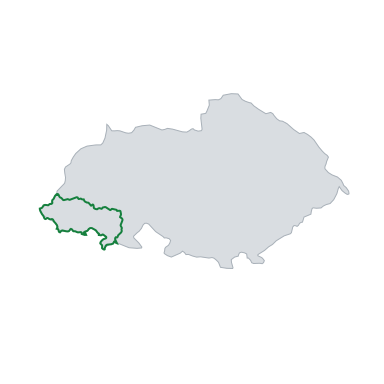 location of Moravskoslezský within Czechia, rotated 165°
{"feature_id": "CZE-1612", "entity_name": "Moravskoslezský", "entity_type": "Region", "adm_level": 1, "iso_a3": "CZE", "parent_name": "Czechia", "parent_adm1": "", "projection": "orthographic", "projection_center": [17.887, 49.846], "detail": "fine", "context": "in_parent", "style": "outline", "palette": "green", "viewbox_px": 384, "rotation_deg": 165, "n_neighbors": 0, "source": "natural_earth", "source_scale": "10m", "svg_char_len": 6125}
<svg xmlns="http://www.w3.org/2000/svg" viewBox="0 0 384 384"><g transform="rotate(165 192 192)"><path d="M343.3,215.3L342.1,215.5L339.5,216.6L336.2,217.0L332.6,216.8L329.8,218.7L327.1,221.8L324.4,223.9L322.9,225.8L322.1,227.8L312.8,233.4L311.5,235.7L310.4,238.8L310.0,243.1L309.4,246.9L307.7,248.9L302.7,250.6L301.4,251.5L300.5,253.5L297.6,256.5L294.3,259.3L288.1,262.5L281.5,263.5L272.9,262.4L267.9,261.1L265.5,262.4L262.1,266.6L258.4,273.9L256.8,279.4L255.7,277.8L253.7,271.9L251.4,271.2L248.2,270.6L245.8,269.7L240.7,266.3L238.1,265.2L235.0,264.9L232.1,266.8L229.8,269.1L223.0,268.9L215.5,267.6L205.0,259.7L202.2,259.5L199.2,259.8L194.6,257.8L185.7,252.6L181.5,251.2L178.8,251.9L176.3,252.9L174.6,252.9L173.6,251.3L170.3,249.2L167.0,248.8L166.0,250.0L164.4,260.9L163.1,264.8L158.4,264.4L156.7,266.2L152.8,271.4L151.9,276.4L145.6,275.2L142.6,274.2L139.9,274.7L136.8,277.4L128.6,276.8L122.2,274.8L119.7,268.4L116.8,265.7L113.2,263.3L111.9,262.7L110.0,259.2L106.3,254.7L100.4,248.5L95.4,248.5L93.7,246.8L93.0,244.7L91.2,240.8L89.0,238.1L86.3,237.0L82.5,233.4L77.6,226.0L73.1,220.7L68.4,220.5L65.5,217.7L62.7,214.1L60.7,210.7L57.8,202.5L55.6,197.8L53.9,194.8L51.9,192.3L51.2,190.4L54.2,186.4L55.3,184.3L56.6,182.8L57.4,181.1L57.5,179.9L55.3,175.5L52.2,172.2L47.6,168.8L44.8,164.7L44.0,161.1L43.8,159.1L41.9,156.3L40.5,152.3L40.7,150.0L41.1,149.4L42.7,149.5L44.4,151.3L46.7,154.5L48.4,159.1L49.8,157.5L52.5,152.9L57.1,147.9L61.6,145.1L65.5,145.1L68.7,144.5L71.5,143.2L76.0,144.1L79.2,145.4L80.4,144.8L81.9,142.1L82.9,139.8L90.3,138.8L93.1,134.3L94.6,134.4L96.2,133.9L97.9,132.2L99.4,131.6L100.5,132.5L102.1,133.2L103.7,132.2L106.5,127.0L107.8,126.2L114.3,125.8L123.2,123.1L127.8,120.5L132.2,119.2L137.0,116.8L144.5,114.5L144.9,113.4L141.6,110.6L140.6,108.8L139.9,107.0L141.2,105.2L142.8,104.6L144.9,105.6L151.0,107.0L152.6,108.2L153.1,110.9L154.6,113.6L155.8,113.9L155.2,118.0L157.1,119.7L159.9,121.1L161.9,120.9L163.3,119.3L163.9,118.1L167.7,118.1L171.6,116.5L172.1,113.7L172.0,108.3L172.5,107.6L178.2,109.3L184.0,111.9L184.6,117.2L186.1,119.9L187.9,122.4L189.6,123.5L192.7,123.8L200.6,127.2L204.4,127.9L208.3,130.2L211.5,132.6L214.0,133.1L215.0,135.6L216.5,137.3L219.1,136.0L228.8,134.5L232.2,136.9L234.5,139.5L234.8,140.3L233.5,142.6L232.9,144.3L231.9,145.4L228.5,146.6L226.6,148.5L225.2,150.7L226.1,152.8L228.8,154.4L230.7,154.8L231.4,156.3L237.4,163.2L242.1,172.2L244.0,173.6L245.8,174.0L247.9,172.7L250.3,169.9L253.2,167.8L255.6,166.8L259.9,164.4L260.1,162.8L256.6,156.7L254.7,151.8L255.2,151.0L259.7,151.8L267.3,154.5L279.0,163.3L281.1,163.3L285.3,162.7L289.8,161.3L291.9,159.7L292.7,160.3L293.4,165.0L292.2,167.7L286.8,170.2L287.1,171.4L288.5,173.1L290.9,174.2L293.9,177.3L295.9,180.8L297.7,182.4L299.7,183.2L304.6,181.3L306.0,179.8L306.6,178.8L307.5,179.0L309.3,180.7L309.8,181.7L314.6,183.7L317.3,186.1L319.1,187.2L321.1,186.1L328.7,188.0L330.8,189.6L331.5,192.3L331.1,193.9L332.3,198.1L342.1,208.1L343.1,213.3L343.3,215.3Z" fill="#d9dde1" stroke="#a8b0b8" stroke-width="1"/><path d="M291.4,159.1L292.2,159.4L292.4,159.6L293.3,160.8L293.4,161.1L293.4,161.3L293.2,161.5L292.8,162.9L292.7,163.5L292.8,164.2L293.2,164.7L293.9,166.0L293.5,167.0L292.6,167.8L290.7,169.0L289.5,169.4L287.3,169.5L286.8,169.8L286.5,170.5L286.6,171.0L288.8,173.8L289.5,174.1L289.9,174.0L290.3,173.8L290.8,173.7L291.4,173.8L292.6,174.4L293.2,174.6L293.2,174.8L292.8,175.2L292.7,175.6L292.8,176.0L293.2,176.4L293.7,177.0L294.0,177.8L294.3,178.6L294.6,179.5L295.1,180.2L298.1,183.1L299.7,183.5L301.3,183.0L302.7,181.8L303.5,181.5L305.3,181.5L306.8,181.0L307.0,180.7L306.9,180.0L306.6,179.6L306.2,179.5L305.8,179.7L305.6,179.6L305.4,178.0L306.2,178.2L306.8,178.3L309.4,180.0L309.1,181.3L309.7,182.0L312.6,182.5L313.3,182.9L314.7,184.1L315.3,184.4L316.3,184.6L316.9,185.0L317.1,185.4L317.4,186.5L317.6,186.9L318.5,187.7L319.2,187.5L320.4,186.4L320.3,186.2L320.2,186.2L322.0,186.0L323.7,186.6L327.1,188.4L328.2,188.4L329.9,187.2L330.6,187.6L330.9,188.9L330.8,190.0L331.0,190.8L332.2,191.5L331.0,192.9L331.0,194.8L331.8,196.9L332.9,199.1L333.4,201.2L333.7,201.7L334.3,202.1L335.7,202.2L336.3,202.4L336.9,202.9L337.8,203.9L338.4,204.3L339.1,204.2L339.8,203.9L340.5,203.8L341.2,204.3L341.4,204.8L341.7,207.2L341.9,207.9L342.5,209.1L342.7,209.8L343.4,212.7L343.5,214.2L343.3,215.4L341.5,215.4L340.6,215.8L338.8,217.5L337.5,217.6L336.2,217.2L334.7,216.5L334.4,216.4L334.0,216.5L332.7,217.2L330.7,216.9L329.8,217.5L329.6,218.1L329.5,219.4L329.2,220.0L328.9,220.4L327.4,221.2L325.4,223.6L324.4,224.3L323.1,224.0L323.1,224.9L322.6,224.9L322.3,224.8L322.0,224.6L321.8,224.3L321.6,223.8L321.3,221.8L321.1,221.4L320.9,221.0L320.6,220.7L319.9,220.2L319.6,219.8L318.6,217.8L318.4,217.5L317.6,217.3L314.1,217.3L313.8,217.2L312.4,216.2L312.0,216.1L304.9,216.8L304.5,216.7L304.2,216.5L303.9,216.3L303.8,215.9L303.6,215.1L303.4,214.8L303.3,214.6L303.1,214.5L301.1,214.4L300.4,213.6L299.8,213.2L298.5,212.9L298.4,212.0L298.2,211.2L298.1,210.8L297.6,210.2L296.4,209.1L294.9,208.5L294.6,208.1L293.2,205.2L293.0,204.9L292.7,204.9L292.5,205.0L291.6,205.5L291.3,205.6L291.0,205.5L290.8,205.2L290.6,204.8L290.6,204.4L290.9,202.1L290.8,201.7L290.6,201.4L289.5,200.5L288.2,199.9L286.6,200.4L285.4,200.3L283.8,199.2L283.5,199.2L283.3,199.3L282.2,200.1L279.9,200.0L279.2,199.6L275.8,195.8L275.5,195.7L275.1,195.8L273.9,196.4L273.5,196.4L269.7,194.4L269.5,194.2L269.4,194.0L269.3,193.3L269.2,193.1L267.0,192.7L266.4,192.4L266.2,192.2L266.1,191.9L266.1,191.6L266.3,189.1L266.4,188.7L266.6,188.3L267.9,186.6L268.0,186.4L267.9,186.2L266.6,184.7L266.4,184.4L266.3,184.0L266.3,183.6L266.3,183.2L266.5,182.8L266.6,182.5L269.4,178.7L269.5,178.4L269.6,178.1L269.6,177.8L269.1,175.7L269.1,175.4L269.2,175.1L269.7,174.4L269.8,174.0L269.9,172.9L270.0,172.4L270.3,172.0L270.9,171.3L274.5,169.3L275.6,167.8L275.8,167.6L276.1,167.5L276.3,167.5L277.0,167.9L277.3,168.0L277.6,167.8L277.9,167.6L278.1,167.2L278.3,166.9L278.4,166.5L278.5,166.2L277.8,162.0L278.8,162.8L279.2,164.1L279.4,164.3L279.7,164.4L279.9,164.3L280.1,164.2L281.5,162.6L283.6,162.4L287.6,163.1L288.6,162.8L289.4,162.2L290.8,160.4L291.0,159.8L291.1,159.3L291.4,159.1Z" fill="none" stroke="#15803d" stroke-width="2"/></g></svg>